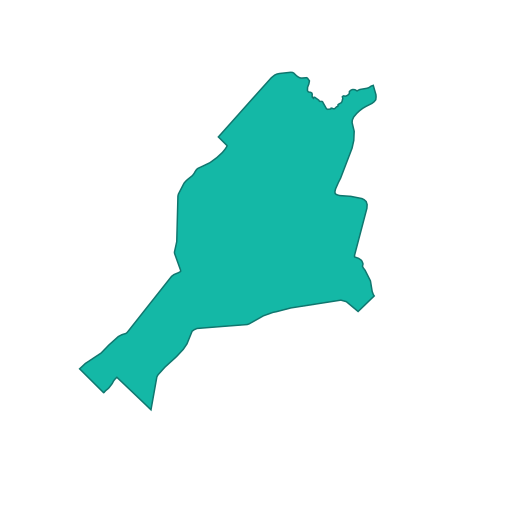 the State of Upper Nile, rotated 224°
{"feature_id": "SDS-869", "entity_name": "Upper Nile", "entity_type": "State", "adm_level": 1, "iso_a3": "SSD", "parent_name": "South Sudan", "parent_adm1": "", "projection": "equal_earth", "projection_center": [32.959, 10.08], "detail": "fine", "context": "isolated", "style": "filled", "palette": "teal", "viewbox_px": 512, "rotation_deg": 224, "n_neighbors": 0, "source": "natural_earth", "source_scale": "10m", "svg_char_len": 2851}
<svg xmlns="http://www.w3.org/2000/svg" viewBox="0 0 512 512"><g transform="rotate(224 256 256)"><path d="M368.5,397.2L368.2,399.3L367.3,401.5L365.8,403.7L358.8,412.1L357.4,413.3L356.0,413.8L352.0,413.8L349.6,414.2L348.4,414.6L347.2,415.3L346.5,416.0L343.5,419.4L343.2,419.5L342.5,419.7L339.2,419.1L337.5,416.5L336.1,413.2L333.9,410.7L332.4,410.4L331.4,410.9L330.4,411.7L329.0,412.0L327.9,411.4L326.9,410.2L325.7,409.3L324.2,409.4L324.6,410.1L324.6,410.5L323.9,411.0L319.1,411.7L318.2,411.5L317.6,411.5L317.1,411.9L316.1,412.9L315.4,413.2L307.7,410.9L306.4,411.2L304.4,413.6L304.5,414.0L304.7,414.5L304.1,415.1L303.1,415.4L302.1,416.1L301.8,416.7L301.7,417.5L301.7,419.1L301.6,419.5L301.2,420.2L301.2,420.7L301.3,421.0L302.0,421.6L302.1,422.0L301.9,423.1L301.3,424.9L301.2,425.6L301.4,426.8L301.9,427.7L302.4,428.4L302.9,429.5L303.6,430.0L304.5,430.5L304.4,431.8L303.9,432.3L303.3,432.6L302.6,433.2L302.1,434.3L301.8,435.1L301.7,436.1L301.7,437.5L301.9,438.0L302.9,438.9L303.1,439.4L302.9,441.3L302.3,442.7L301.4,443.6L300.2,444.4L298.1,444.9L297.8,445.3L297.6,446.2L297.3,447.1L296.9,448.0L292.8,453.6L291.9,455.2L291.6,456.2L291.2,458.2L290.9,458.8L290.6,459.3L290.2,460.2L281.7,455.3L280.1,453.8L278.4,451.6L278.2,449.0L278.6,446.3L280.8,440.0L281.8,436.4L282.4,432.5L282.6,428.6L282.3,423.9L281.2,420.8L279.5,418.7L272.0,413.9L265.9,407.0L261.8,400.3L249.2,370.7L247.9,366.4L245.4,359.6L244.0,357.2L242.6,356.0L241.2,356.0L239.6,356.6L237.8,357.6L229.2,364.8L219.7,370.9L217.4,371.6L214.6,371.7L211.8,370.2L209.4,367.4L185.8,325.3L184.9,324.2L184.6,323.9L184.0,323.9L183.8,324.1L180.5,325.6L177.3,326.1L176.3,325.9L174.8,325.3L173.5,324.6L173.0,323.8L172.3,322.6L170.8,322.0L167.6,321.5L156.4,317.6L147.8,311.2L144.7,309.7L143.2,309.4L144.0,287.0L159.3,285.9L164.3,283.2L179.6,263.0L194.9,242.8L202.7,230.0L204.6,227.3L209.1,218.2L213.8,202.4L214.7,200.6L231.4,181.8L248.1,162.9L249.3,159.9L249.7,157.5L244.6,144.8L243.5,138.4L243.3,128.5L244.3,113.0L244.0,103.3L243.9,102.2L243.5,100.7L243.3,100.1L224.7,72.4L248.2,72.3L271.8,72.1L271.9,69.8L271.8,68.6L271.7,67.5L270.8,64.2L270.3,59.8L270.2,58.5L270.3,57.3L270.6,55.0L270.6,53.8L270.6,53.2L270.5,52.7L270.5,52.2L270.7,51.8L304.5,52.3L304.1,60.2L300.0,78.6L300.0,89.7L299.1,102.3L298.8,103.3L297.9,106.0L297.1,107.6L296.2,109.1L295.9,109.7L295.6,110.6L295.6,112.0L299.1,147.3L302.6,182.7L302.3,184.5L302.1,185.7L300.2,190.1L299.7,191.5L299.6,192.7L300.4,193.4L316.0,201.1L316.8,201.6L317.4,202.2L323.0,211.3L338.4,228.1L353.8,244.9L354.8,246.6L358.0,257.2L358.4,258.8L358.5,261.3L358.4,263.3L357.6,269.6L357.9,272.5L358.4,274.3L358.8,276.5L358.8,277.2L358.8,277.8L358.6,278.8L354.0,291.0L352.5,299.7L352.1,307.0L352.4,311.2L352.9,313.9L353.1,314.6L353.3,315.0L353.5,315.3L365.8,315.5L366.7,339.4L367.8,367.1L368.8,394.8L368.5,397.2Z" fill="#14b8a6" stroke="#0f766e" stroke-width="1.5"/></g></svg>